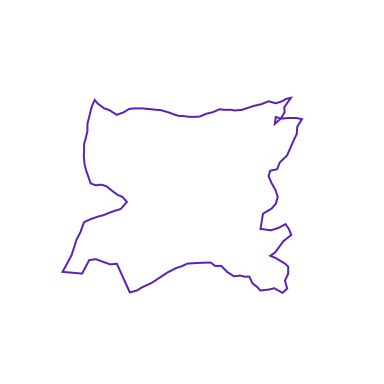 outline of Atalaia, Paraná, Brazil, rotated 25°
{"feature_id": "56859067B91834913468512", "entity_name": "Atalaia", "entity_type": "district", "adm_level": 2, "iso_a3": "BRA", "parent_name": "Brazil", "parent_adm1": "Paraná", "projection": "equal_earth", "projection_center": [-52.06, -23.127], "detail": "fine", "context": "isolated", "style": "outline", "palette": "violet", "viewbox_px": 384, "rotation_deg": 25, "n_neighbors": 0, "source": "geoboundaries", "source_scale": "gbopen_adm2", "svg_char_len": 1748}
<svg xmlns="http://www.w3.org/2000/svg" viewBox="0 0 384 384"><g transform="rotate(25 192 192)"><path d="M241.5,87.9L242.2,80.6L239.8,76.2L241.8,64.9L238.1,67.7L234.8,72.2L230.4,76.2L223.1,77.4L217.6,83.2L211.8,87.7L202.5,96.5L196.4,100.0L192.4,101.1L186.3,104.0L182.1,105.3L176.9,111.1L171.9,115.0L167.1,120.4L162.7,122.8L157.5,125.1L152.0,126.8L147.9,128.6L143.5,129.2L138.5,129.6L129.5,130.9L123.8,133.0L119.2,134.5L111.2,137.4L105.0,140.3L100.0,143.2L96.3,148.8L91.1,153.9L82.6,152.7L76.9,153.3L69.3,151.7L64.9,149.7L65.1,157.3L68.4,174.3L71.4,180.8L73.0,188.3L73.9,194.2L76.3,199.1L78.7,205.1L83.1,212.6L87.3,217.6L93.0,223.4L96.4,227.0L102.0,226.6L106.4,223.8L111.7,222.9L116.4,224.0L120.4,225.0L126.1,226.1L130.9,225.8L137.2,228.5L134.6,237.5L129.1,242.5L124.7,246.9L121.6,250.4L118.2,253.1L112.1,258.9L107.0,264.7L107.3,270.1L107.9,275.7L107.5,283.8L109.5,300.0L109.1,309.0L108.4,319.1L126.9,312.4L127.6,297.2L133.3,293.5L148.4,292.2L154.2,288.8L178.1,309.3L183.8,304.5L186.7,299.9L194.0,291.2L196.8,286.7L203.8,275.3L209.9,267.5L214.3,263.4L218.0,258.9L226.6,254.2L233.7,250.5L238.7,248.1L244.3,249.2L249.7,246.6L257.7,249.6L265.4,250.7L271.2,247.3L275.2,246.6L279.8,244.5L285.4,249.2L291.7,250.7L295.5,252.4L302.7,248.1L307.1,244.5L316.7,245.1L319.1,239.3L313.7,233.1L313.7,225.5L310.8,219.1L306.5,217.6L296.0,216.5L289.9,216.7L292.9,211.5L295.7,197.7L300.1,188.9L295.3,184.5L290.3,181.6L285.7,187.9L279.8,193.3L269.7,196.5L265.5,181.7L271.1,173.5L272.9,167.3L271.8,160.2L266.9,155.0L260.4,150.3L254.7,145.3L253.9,139.7L259.5,135.4L259.1,128.1L262.7,118.7L262.3,101.1L262.4,95.0L259.8,88.3L260.9,79.5L255.2,80.9L248.8,83.8L241.5,87.9ZM241.5,87.9L238.3,95.3L236.2,88.6L241.5,87.9Z" fill="none" stroke="#5b21b6" stroke-width="2"/></g></svg>